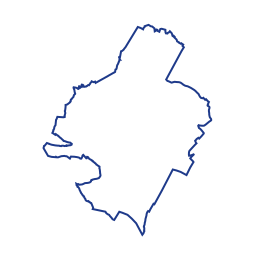 outline of Xochitlán Todos Santos, Puebla, Mexico, rotated 6°
{"feature_id": "50627088B34360163600394", "entity_name": "Xochitlán Todos Santos", "entity_type": "district", "adm_level": 2, "iso_a3": "MEX", "parent_name": "Mexico", "parent_adm1": "Puebla", "projection": "albers", "projection_center": [-97.79, 18.694], "detail": "fine", "context": "isolated", "style": "outline", "palette": "blue", "viewbox_px": 256, "rotation_deg": 6, "n_neighbors": 0, "source": "geoboundaries", "source_scale": "gbopen_adm2", "svg_char_len": 5635}
<svg xmlns="http://www.w3.org/2000/svg" viewBox="0 0 256 256"><g transform="rotate(6 128 128)"><path d="M153.4,232.7L154.2,231.4L154.5,230.7L154.5,230.2L155.0,229.1L154.9,228.8L154.7,228.4L154.9,227.8L154.7,227.3L154.7,226.1L154.3,224.7L154.1,224.6L154.1,223.9L154.5,222.7L154.6,222.0L154.6,220.6L154.6,220.3L154.8,219.6L154.8,219.0L154.9,218.6L154.9,216.6L155.5,213.1L155.5,211.7L155.7,210.6L156.1,209.4L156.7,208.5L157.8,209.0L158.8,206.3L161.3,200.7L162.2,201.1L168.3,186.5L176.9,164.6L180.8,165.2L185.0,166.2L191.1,168.7L194.0,160.8L196.7,155.0L196.0,154.2L193.8,152.4L193.1,151.7L194.0,150.2L196.6,147.0L194.0,148.4L191.7,149.2L191.4,148.4L191.3,147.6L191.2,146.1L191.3,144.9L191.6,144.1L196.3,137.8L197.7,136.1L197.0,135.4L196.4,134.1L196.1,133.8L196.1,133.6L196.6,133.1L197.4,131.8L199.0,130.4L199.9,131.1L202.0,128.4L203.9,125.6L203.8,125.0L201.2,122.4L199.9,121.3L198.6,120.6L197.6,118.5L198.0,117.8L198.9,118.0L201.2,118.0L202.7,117.9L203.6,117.6L205.1,116.3L208.3,113.0L209.3,112.3L209.9,111.6L209.9,111.2L209.8,110.8L209.7,110.4L208.4,108.9L208.2,108.6L207.9,107.8L207.4,106.2L207.2,104.7L206.7,102.8L206.6,101.7L206.6,101.3L206.8,100.5L206.9,99.9L206.9,99.0L206.7,98.5L206.5,98.3L205.9,98.0L205.4,97.6L205.0,97.6L204.8,97.4L204.9,96.2L205.2,95.9L205.1,95.6L206.0,92.9L205.3,93.6L202.6,91.2L201.8,91.9L199.8,90.1L199.2,90.6L197.6,90.5L196.3,89.4L195.3,87.9L194.5,86.7L193.1,85.7L191.2,84.1L189.8,83.2L186.3,81.5L183.0,80.3L181.2,80.1L180.2,79.9L178.2,79.0L177.9,78.7L175.6,77.4L173.9,77.1L171.9,77.2L169.5,77.2L167.9,77.8L166.8,78.3L166.4,78.3L163.5,77.3L162.2,77.0L160.9,75.8L173.2,45.9L175.1,41.9L173.6,40.6L174.2,39.3L172.2,38.2L171.8,38.7L169.7,37.8L169.7,37.5L167.8,36.7L167.1,35.0L164.8,33.2L165.0,32.6L164.2,31.9L164.1,32.5L162.6,31.7L162.0,30.0L161.5,29.1L159.5,27.4L158.7,28.6L157.5,29.3L157.3,29.9L155.8,29.9L155.4,29.0L155.3,28.9L155.0,27.3L154.9,26.4L151.1,25.8L149.8,26.2L149.3,28.1L149.1,29.0L147.4,28.4L147.2,28.2L147.0,27.3L145.9,27.1L145.4,28.5L144.5,29.1L143.8,26.1L141.4,24.5L140.3,24.5L139.7,24.3L137.7,23.3L137.2,23.5L134.0,25.0L134.1,25.5L133.9,25.9L133.1,26.7L132.7,28.3L130.1,27.2L127.2,26.5L117.0,48.0L116.1,49.3L115.3,50.8L114.7,51.2L114.5,51.6L114.2,51.9L113.1,52.4L112.8,56.1L112.8,56.5L112.6,57.9L112.4,58.3L111.8,58.4L111.8,58.6L112.6,58.5L112.4,60.3L112.5,60.3L112.6,60.6L112.8,60.8L112.6,60.8L112.5,61.1L112.4,61.0L112.3,61.6L112.4,62.0L111.9,63.0L111.9,63.7L111.5,64.5L111.5,65.0L110.7,66.7L110.5,68.5L110.5,69.5L110.2,70.7L109.4,71.2L109.3,73.6L103.1,78.0L102.9,78.2L91.1,86.5L90.7,85.7L90.5,85.4L90.4,85.5L90.0,85.5L89.6,85.8L89.0,86.0L88.5,85.9L87.0,85.4L86.8,86.1L86.0,87.0L85.6,88.1L85.2,88.7L84.8,89.0L84.7,89.5L84.0,89.5L83.7,89.6L82.8,90.6L82.3,90.7L82.1,91.1L80.2,91.6L79.3,91.6L79.4,91.3L79.3,90.8L79.0,90.9L79.0,90.6L78.9,90.2L78.6,89.8L77.5,89.7L77.3,90.3L77.8,90.9L77.6,91.6L77.2,91.3L76.5,92.6L75.3,91.6L75.0,91.6L74.9,92.1L75.8,93.0L74.6,94.3L73.9,94.2L73.7,93.7L71.6,93.3L69.7,93.2L69.6,93.7L70.7,95.8L71.2,97.8L71.9,99.5L71.6,100.0L71.0,100.5L70.7,101.3L70.5,102.8L69.9,103.5L68.4,105.9L68.2,105.9L68.1,107.0L67.8,107.8L68.0,107.9L67.7,108.4L67.2,109.0L66.3,109.8L65.2,110.9L63.5,111.6L63.7,113.1L63.7,115.3L63.6,117.4L63.4,117.7L64.1,119.7L63.7,122.0L63.8,122.0L63.9,123.7L62.6,124.1L56.6,124.3L56.0,126.7L55.6,127.4L55.6,132.8L54.8,134.2L54.6,135.4L54.6,136.6L53.9,137.9L53.9,138.3L54.1,138.6L53.3,140.8L54.6,141.4L56.4,142.4L56.8,141.6L58.9,142.9L59.5,143.0L59.6,143.3L60.1,143.7L60.8,144.1L61.3,144.6L62.3,145.1L63.7,146.2L65.0,147.1L65.3,147.6L66.7,147.7L67.6,148.0L68.4,148.1L69.1,148.4L69.6,148.4L71.1,148.6L72.1,148.6L73.1,149.3L73.7,149.6L73.7,150.4L72.9,151.0L72.1,151.3L71.5,151.3L70.3,151.7L69.7,151.8L69.0,151.7L69.1,152.2L69.0,152.3L67.3,152.4L66.8,152.6L65.5,152.4L64.2,152.5L63.7,152.8L63.5,153.0L62.0,153.0L61.6,152.8L59.6,152.9L57.4,152.9L53.7,152.6L51.0,152.0L51.0,151.9L48.9,151.4L46.7,154.7L46.4,154.7L46.1,156.7L46.2,157.0L51.4,164.1L55.0,164.7L59.4,164.6L59.5,164.2L60.5,164.6L61.5,164.5L64.7,163.0L67.7,162.4L68.8,162.6L69.9,162.5L70.7,162.9L73.4,164.5L74.2,162.4L77.5,162.2L80.3,162.3L82.1,162.5L83.5,163.1L83.7,163.4L84.8,163.3L85.3,162.1L85.6,161.1L85.6,160.4L85.9,159.8L86.3,159.4L89.7,162.5L90.1,162.4L90.3,161.0L91.0,161.0L92.8,162.8L94.8,163.6L95.4,164.2L95.9,164.1L96.0,164.2L96.7,164.7L96.7,165.0L97.3,165.3L98.0,165.8L98.4,165.9L98.8,166.4L99.4,166.6L100.4,167.7L100.7,167.7L101.7,168.4L103.7,169.4L103.8,169.9L103.7,171.0L104.0,171.4L104.4,172.8L104.9,175.2L104.9,175.7L105.2,176.5L105.3,176.7L105.6,178.2L105.5,178.4L105.4,179.0L104.3,180.8L103.5,181.2L102.1,181.8L100.1,182.3L98.2,183.0L97.6,183.3L97.6,183.5L97.3,183.6L97.0,183.6L96.8,183.8L96.8,184.8L96.7,185.1L95.9,185.9L95.5,186.2L93.8,186.8L91.0,187.3L90.5,187.6L89.4,188.3L88.3,188.9L85.5,189.5L84.8,189.1L84.2,189.3L84.1,189.1L83.6,189.3L83.3,189.2L83.1,189.0L82.5,188.8L82.8,189.6L82.7,190.0L83.3,190.7L83.6,190.8L83.8,190.9L84.0,191.2L83.9,191.7L84.0,191.9L84.7,192.0L85.7,193.1L86.5,194.9L87.0,195.6L87.5,196.5L87.9,196.9L87.9,197.2L88.0,197.4L89.2,198.6L89.5,199.1L90.0,199.7L90.8,200.0L91.0,200.4L90.9,200.6L91.0,200.8L91.5,200.9L91.6,201.0L91.7,201.4L92.4,202.5L92.9,202.8L93.2,203.8L93.9,204.5L94.1,204.7L95.5,205.1L95.8,205.0L96.0,204.9L96.3,205.0L96.4,204.9L96.7,205.1L97.1,205.7L97.4,205.8L97.7,205.7L98.4,206.3L98.9,206.6L99.1,206.5L99.3,206.5L101.3,210.2L101.7,211.1L101.4,212.3L114.3,213.6L115.0,214.5L115.3,215.0L117.1,216.0L118.2,216.3L118.8,216.9L119.3,217.5L121.0,219.0L121.3,219.4L121.6,219.6L121.9,220.1L122.8,220.6L123.9,220.9L128.1,212.2L131.3,212.9L136.6,214.4L141.2,217.7L146.1,221.9L153.4,232.7Z" fill="none" stroke="#1e3a8a" stroke-width="2"/></g></svg>